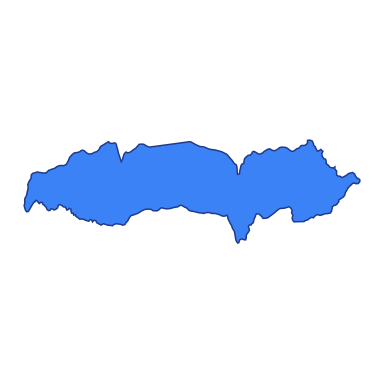 Crixás do Tocantins, Tocantins, Brazil, rotated 179°
{"feature_id": "56859067B45342107089444", "entity_name": "Crixás do Tocantins", "entity_type": "district", "adm_level": 2, "iso_a3": "BRA", "parent_name": "Brazil", "parent_adm1": "Tocantins", "projection": "robinson", "projection_center": [-49.079, -11.157], "detail": "fine", "context": "isolated", "style": "filled", "palette": "blue", "viewbox_px": 384, "rotation_deg": 179, "n_neighbors": 0, "source": "geoboundaries", "source_scale": "gbopen_adm2", "svg_char_len": 5057}
<svg xmlns="http://www.w3.org/2000/svg" viewBox="0 0 384 384"><g transform="rotate(179 192 192)"><path d="M356.7,195.1L357.2,192.9L357.7,190.9L358.6,189.6L359.4,187.8L359.4,185.9L359.4,183.3L360.1,181.5L359.4,178.6L358.7,176.5L357.6,175.1L355.9,175.4L354.7,177.4L352.6,180.9L351.5,182.7L350.5,184.1L349.0,185.0L348.5,186.4L346.8,185.5L345.0,183.1L343.5,184.2L341.8,184.2L341.4,182.4L340.2,181.5L338.0,179.1L337.3,177.2L335.9,175.9L334.3,176.1L333.3,177.6L331.7,177.5L330.4,176.5L328.7,176.9L326.7,178.4L325.8,181.3L323.8,181.6L322.4,180.8L320.9,179.4L318.8,179.1L317.4,176.1L315.9,176.7L314.9,177.8L313.1,176.7L313.4,174.9L312.7,172.9L311.1,172.8L310.7,171.0L308.9,171.3L308.6,169.8L306.4,168.2L304.6,166.7L302.9,167.0L300.7,166.6L299.2,165.6L297.4,165.1L295.7,164.6L294.1,166.2L292.8,165.8L292.0,163.8L290.7,165.4L288.8,165.1L287.6,162.8L285.6,161.7L283.5,160.5L281.1,161.8L279.3,161.2L277.2,160.4L275.5,160.2L274.0,160.0L272.1,159.6L271.0,160.7L268.8,161.5L266.7,161.4L263.5,160.8L261.7,160.0L259.6,160.7L258.4,162.7L256.8,164.1L255.9,165.9L254.8,167.8L253.1,169.7L251.0,170.0L249.0,170.8L247.3,171.3L245.7,172.1L243.8,173.3L242.5,174.0L241.2,174.6L239.8,175.3L237.3,175.6L235.7,175.7L233.1,175.3L231.3,174.0L229.2,173.8L227.0,173.8L225.1,175.0L223.8,176.3L222.4,176.7L219.7,175.9L217.5,175.6L214.4,175.8L210.0,176.9L208.3,177.2L206.7,177.3L204.8,178.5L203.3,179.0L201.4,178.2L199.7,177.0L197.8,176.3L195.6,174.0L194.3,173.2L193.0,172.9L191.0,172.6L185.9,171.2L184.2,170.9L182.9,170.9L180.9,170.3L178.4,171.1L176.1,171.2L174.3,171.0L173.0,170.3L171.4,170.2L169.2,170.1L167.7,169.7L164.6,168.7L162.8,167.7L160.8,167.2L159.0,167.5L157.5,168.2L156.8,166.6L156.5,164.8L156.0,163.4L155.0,161.6L154.3,159.9L153.0,157.8L152.2,155.0L150.3,151.9L150.0,150.1L149.6,147.3L149.3,145.4L148.9,143.0L147.4,140.2L146.1,140.5L145.2,143.3L143.0,144.3L141.4,143.5L139.1,143.2L138.5,145.5L138.5,147.0L138.1,148.7L136.5,150.6L135.3,152.6L135.6,154.7L136.3,156.4L135.3,158.0L133.4,158.0L132.7,159.3L131.4,160.1L130.8,162.2L130.4,163.7L129.3,166.0L128.5,168.3L127.4,169.2L125.5,168.7L123.5,167.1L122.5,165.9L121.5,164.4L120.1,164.4L118.2,164.5L116.5,165.0L114.7,166.3L112.9,167.6L109.6,170.0L107.1,172.2L104.6,173.9L102.0,174.1L100.0,174.2L97.7,174.8L95.3,175.6L93.3,174.0L92.2,171.8L92.8,169.5L91.6,167.1L92.3,164.2L91.9,162.2L90.6,160.4L81.9,160.5L80.4,160.5L79.2,161.5L76.7,162.1L75.6,163.1L73.1,164.6L70.9,164.1L69.9,165.5L68.6,166.4L67.3,167.3L65.3,166.6L63.8,166.5L62.2,166.9L61.0,167.4L59.1,168.0L57.0,168.0L53.8,168.7L52.8,170.5L52.3,172.8L52.0,174.5L50.5,176.0L48.6,176.4L47.4,177.1L46.5,178.5L45.4,179.6L45.5,181.3L44.3,182.2L42.6,183.2L40.7,184.4L39.4,186.1L38.6,188.9L37.3,190.8L36.3,192.8L34.2,195.1L32.4,196.6L31.3,197.9L29.4,198.0L27.8,197.4L25.6,197.6L24.1,199.3L23.9,201.0L25.3,202.5L26.8,203.0L28.2,205.1L29.2,207.3L31.1,208.7L35.0,207.8L36.5,206.6L37.7,205.8L39.4,204.9L41.6,203.8L43.7,205.1L45.6,205.4L47.0,206.3L47.2,207.9L47.0,210.4L48.8,212.5L48.7,214.6L50.3,213.5L52.0,213.8L53.8,214.4L55.0,216.2L56.1,217.1L57.4,218.3L57.2,220.0L57.8,222.4L59.6,223.1L61.1,225.3L61.6,227.9L60.4,230.4L62.5,232.3L64.0,231.2L66.0,230.7L66.8,232.3L67.6,233.9L68.1,235.3L69.3,236.2L69.8,238.3L70.8,240.8L72.0,241.4L73.9,241.9L75.6,241.6L75.7,238.6L78.2,236.7L79.6,236.5L80.9,236.7L82.2,236.4L83.4,234.9L84.5,234.0L86.6,233.4L88.1,232.2L89.8,231.0L92.0,231.0L94.6,233.0L96.2,234.3L97.9,235.0L99.2,235.1L101.8,235.3L103.6,234.9L105.3,233.5L107.8,232.0L110.0,231.9L111.5,232.6L113.5,233.8L115.5,233.4L117.0,232.5L119.0,231.4L120.8,229.8L122.8,228.9L124.6,228.7L126.6,230.0L128.1,230.9L129.6,231.6L130.9,231.0L131.5,229.5L133.3,227.8L135.1,227.7L136.9,226.4L138.7,224.7L139.3,222.9L139.8,219.7L141.7,218.9L142.6,217.4L143.1,215.0L143.9,212.1L144.2,209.3L146.2,208.8L146.4,211.0L146.4,213.3L146.6,215.8L147.2,218.3L149.4,219.9L150.4,221.6L151.3,222.9L152.4,224.1L153.3,225.2L156.2,228.7L157.5,229.6L160.2,231.0L161.6,231.7L165.2,232.8L168.0,233.6L172.1,234.2L174.1,234.6L175.9,235.3L178.0,236.4L180.1,237.0L182.1,237.2L183.7,237.5L187.0,239.1L190.5,241.1L192.3,242.1L193.7,242.3L227.9,238.3L229.9,238.1L233.8,237.6L236.5,238.7L239.3,240.5L241.2,240.8L244.0,240.6L247.6,236.7L249.9,235.3L251.2,234.2L252.8,233.2L254.0,232.5L255.8,232.4L257.4,233.1L259.2,231.2L260.3,228.0L260.9,225.8L262.2,223.6L263.5,227.8L264.8,232.0L265.7,236.2L266.4,238.6L266.7,240.3L267.4,242.0L268.7,242.5L270.2,242.0L273.0,242.1L274.6,243.8L279.5,240.9L282.7,239.1L283.5,237.5L284.6,235.5L286.8,233.9L288.8,233.4L290.4,232.6L292.1,231.8L293.5,231.8L294.9,232.0L296.8,233.0L299.0,235.1L300.4,235.7L302.0,235.5L303.1,234.5L304.5,233.9L306.2,233.5L309.2,233.1L311.5,231.2L314.0,228.3L314.7,226.3L316.1,223.6L317.3,221.7L319.9,220.6L321.9,220.8L323.8,220.7L325.5,220.2L326.9,219.6L328.6,218.2L330.7,217.6L333.3,216.7L335.0,216.1L336.1,215.0L337.3,213.8L339.2,213.6L340.9,213.6L342.7,214.0L344.2,214.2L346.5,214.8L348.1,214.1L350.6,213.6L352.2,212.2L352.6,210.6L352.6,208.6L353.7,207.0L354.7,205.5L355.4,204.0L356.0,202.2L355.7,198.9L356.7,195.1Z" fill="#3b82f6" stroke="#1e3a8a" stroke-width="1.5"/></g></svg>